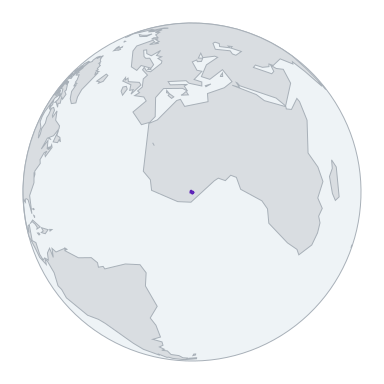 globe centered on Marahoué, rotated 328°
{"feature_id": "CIV-3444", "entity_name": "Marahoué", "entity_type": "Department", "adm_level": 1, "iso_a3": "CIV", "parent_name": "Ivory Coast", "parent_adm1": "", "projection": "orthographic", "projection_center": [-5.831, 7.116], "detail": "fine", "context": "on_globe", "style": "filled", "palette": "violet", "viewbox_px": 384, "rotation_deg": 328, "n_neighbors": 0, "source": "natural_earth", "source_scale": "10m", "svg_char_len": 8943}
<svg xmlns="http://www.w3.org/2000/svg" viewBox="0 0 384 384"><g transform="rotate(328 192 192)"><circle cx="192" cy="192" r="169" fill="#eef3f6" stroke="#a8b0b8"/><path d="M133.5,33.5L128.7,35.4L131.9,34.2L128.1,36.2L130.3,35.7L126.8,37.3L131.7,35.6L134.5,34.3L137.5,33.2L139.1,33.0L134.9,34.8L133.5,35.2L133.1,35.6L130.3,36.7L132.6,36.1L127.2,38.6L134.8,35.9L132.5,37.8L128.4,39.6L125.8,39.6L109.9,45.8L104.9,48.6L100.4,52.0L98.1,57.2L93.8,60.6L90.2,64.9L93.9,62.6L98.1,58.6L104.1,55.9L108.5,51.8L111.5,50.4L117.2,46.5L119.5,47.0L118.7,49.8L114.1,53.2L113.5,54.7L120.5,51.7L114.4,58.9L114.7,65.7L112.7,67.9L104.4,70.9L97.9,69.7L87.0,75.7L97.2,72.0L92.2,78.4L92.7,79.8L94.8,79.8L98.0,77.6L96.9,80.1L86.4,84.2L87.2,82.0L90.6,80.5L87.5,80.3L80.3,84.0L78.4,87.4L69.7,91.0L68.2,93.7L65.5,96.3L68.5,91.6L62.9,100.4L52.4,109.0L44.7,125.6L48.8,112.1L48.2,110.1L46.8,109.7L45.4,112.4L45.3,109.5L42.0,114.4L35.9,127.3L32.1,137.9L32.6,139.3L35.0,133.8L36.7,133.4L30.7,148.5L32.8,152.2L29.8,164.0L29.8,170.7L32.1,169.8L34.1,173.6L37.1,167.1L41.4,164.2L39.7,174.0L43.4,165.6L44.9,170.8L54.3,172.3L53.1,174.4L60.8,187.6L71.8,194.3L74.4,201.9L72.8,206.2L77.2,208.0L77.3,211.0L97.3,217.7L109.4,226.1L110.3,236.2L102.7,247.0L101.9,270.5L89.8,276.7L90.8,285.9L88.4,298.3L80.6,296.1L87.1,303.2L86.2,306.6L82.2,306.1L85.2,310.7L82.5,310.2L86.9,313.7L88.1,318.7L94.2,323.8L96.5,327.8L100.6,330.7L99.4,330.3L99.6,331.1L101.5,332.5L95.4,329.2L87.3,322.7L84.8,319.8L83.1,318.9L77.2,311.1L77.4,312.4L67.4,299.6L62.1,289.2L48.7,257.2L45.1,250.3L38.2,241.3L29.4,215.2L29.8,205.6L28.7,200.5L32.3,187.4L32.7,174.0L31.8,171.8L30.0,176.3L28.2,166.7L29.3,156.4L30.3,143.0L34.2,131.6L38.9,120.6L44.3,109.9L50.5,99.6L57.4,89.8L65.0,80.5L73.3,71.8L82.1,63.7L91.5,56.2L101.4,49.4L111.7,43.3L122.4,38.0L133.5,33.5ZM42.0,131.3L44.7,141.1L40.9,141.2L42.1,139.8L41.9,136.0L40.7,132.2L38.0,133.1L42.0,131.3ZM48.3,122.8L47.7,121.8L48.6,122.1L48.3,122.8ZM115.6,46.6L116.4,46.5L114.9,47.2L115.6,46.6ZM117.3,45.0L115.0,45.9L115.5,45.3L116.9,44.8L117.3,45.0ZM120.0,44.2L116.7,44.2L117.6,43.3L123.6,40.6L120.0,44.2ZM134.7,34.0L131.7,35.4L132.7,34.6L134.7,34.0ZM138.0,31.9L137.6,32.1L141.5,30.8L143.8,30.1L146.2,29.4L144.0,30.2L140.0,31.5L144.3,30.2L134.5,33.8L133.0,33.7L135.2,32.9L138.0,31.9ZM138.8,32.8L138.1,32.7L142.5,31.1L144.8,30.9L142.6,31.4L138.8,32.8ZM150.3,28.3L146.7,29.3L145.1,29.7L150.3,28.3ZM142.4,31.7L145.8,30.9L145.2,31.5L139.9,32.7L142.4,31.7ZM142.6,30.8L144.8,30.1L144.3,30.4L142.6,30.8ZM145.0,33.9L144.0,33.5L146.2,32.6L145.0,33.9ZM147.1,30.5L147.3,30.3L148.1,30.0L150.1,29.7L147.1,30.5ZM149.7,28.6L150.4,28.5L152.0,27.9L154.8,27.3L150.7,28.5L153.6,27.8L154.5,27.6L150.3,28.8L149.7,28.6ZM154.5,28.5L150.3,30.2L151.7,30.8L149.8,31.6L147.9,30.5L154.5,28.5ZM152.4,28.5L153.2,28.6L150.4,29.3L148.1,29.8L152.4,28.5ZM158.1,26.7L154.9,27.2L155.9,27.0L158.1,26.7ZM155.4,28.4L156.4,28.1L155.8,28.4L155.4,28.4ZM157.9,27.0L156.6,27.1L157.8,26.8L157.9,27.0ZM159.4,27.3L158.1,27.8L156.5,28.0L159.4,27.3ZM159.2,27.0L161.1,26.6L156.7,27.8L158.4,27.1L159.2,27.0ZM159.2,26.7L159.5,26.6L159.2,26.7ZM166.4,26.5L161.2,27.9L157.6,28.2L163.1,26.8L166.4,26.5ZM107.5,335.8L96.8,330.2L102.0,332.9L100.8,331.1L108.1,335.0L107.5,335.8ZM106.1,331.2L107.6,330.4L109.3,331.3L108.7,332.1L106.1,331.2ZM229.1,27.2L233.7,28.3L233.3,28.2L245.1,31.6L256.6,35.9L267.8,41.0L278.6,46.9L288.9,53.6L298.7,61.0L307.9,69.1L316.6,77.8L324.5,87.2L331.8,97.1L338.3,107.5L344.1,118.4L349.0,129.6L354.1,147.4L357.7,163.4L358.2,171.2L351.6,149.5L346.2,134.8L345.4,136.9L337.3,125.8L327.9,127.7L325.1,124.2L323.7,126.5L317.8,123.6L313.0,117.9L310.1,118.9L322.3,134.0L325.3,133.1L325.9,126.2L328.9,131.9L334.4,136.3L333.3,152.0L317.0,168.6L313.1,156.9L288.8,127.2L288.2,123.6L288.0,123.2L287.6,122.6L287.7,128.5L282.7,122.8L298.2,143.5L301.8,152.9L316.8,169.4L316.0,171.5L320.1,174.7L330.5,168.2L331.1,172.3L327.6,192.1L311.1,220.4L312.0,237.5L308.6,252.5L295.5,263.7L293.8,274.9L286.6,279.6L284.2,286.0L276.8,293.2L265.5,300.4L249.3,301.9L250.6,296.3L246.0,285.7L240.6,259.2L247.1,246.3L246.6,236.5L234.7,215.5L237.4,203.1L233.7,198.3L226.3,200.0L221.6,194.2L216.9,194.3L185.7,200.1L174.8,192.6L158.6,169.2L163.2,159.5L161.7,148.6L191.8,111.0L200.8,112.5L227.5,106.3L231.3,107.3L231.1,115.5L253.5,123.9L257.3,116.7L274.7,120.7L284.4,119.6L282.7,104.4L266.8,105.9L261.1,99.1L271.6,91.8L285.1,91.4L283.3,88.9L272.4,83.8L273.0,78.9L268.3,81.8L272.0,84.2L269.2,86.3L265.6,84.3L266.0,82.5L261.2,81.8L260.7,91.4L264.4,94.9L253.4,97.7L258.6,103.9L256.5,107.3L247.0,98.1L246.0,94.5L230.3,85.7L230.3,89.6L245.2,98.4L241.6,97.9L241.7,104.1L238.9,99.1L222.7,89.2L211.2,92.6L200.7,108.6L193.1,110.5L184.8,108.1L184.3,92.9L201.4,90.5L201.5,85.9L194.4,79.9L200.2,79.9L199.4,77.5L205.5,76.6L210.6,70.3L216.2,69.3L214.8,62.2L217.5,61.0L217.6,65.3L220.6,68.1L234.3,66.6L235.9,65.0L233.9,60.7L237.9,61.2L234.2,57.4L240.4,55.3L229.7,54.9L227.0,50.7L228.9,47.4L226.1,46.2L223.1,51.7L223.6,54.1L227.1,56.2L226.9,63.7L222.9,65.3L215.9,57.8L209.6,59.6L206.9,53.7L216.6,41.2L222.5,38.9L239.3,42.6L239.9,44.9L234.2,44.5L242.6,48.3L240.4,46.3L243.8,47.0L242.1,43.9L244.3,44.2L238.8,40.9L241.4,41.0L244.9,43.1L244.5,39.5L249.0,39.4L247.8,38.5L245.3,37.5L252.7,38.6L251.5,37.9L248.6,37.2L244.4,35.5L239.8,33.1L242.6,33.6L244.6,34.5L253.1,37.5L258.1,40.3L258.8,40.4L255.1,38.1L244.8,34.3L241.2,32.8L246.1,34.2L244.0,33.6L243.1,33.0L244.9,33.1L239.5,31.5L225.8,26.7L227.7,26.9L229.1,27.2ZM184.7,129.4L184.6,132.7L184.7,129.4ZM301.7,99.3L308.3,99.0L301.2,90.5L303.1,89.9L300.0,87.4L300.7,89.9L292.5,83.3L293.8,80.5L290.9,77.1L288.6,77.0L287.4,83.3L299.2,92.5L299.4,96.3L301.7,99.3ZM54.6,172.2L55.6,174.4L53.9,174.1L54.6,172.2ZM39.2,144.9L40.4,145.5L40.6,147.2L39.5,147.4L39.2,144.9ZM51.5,148.3L53.4,149.6L50.9,149.9L51.5,148.3ZM45.4,142.5L50.0,147.7L45.4,149.6L42.7,146.5L45.2,146.2L45.4,142.5ZM45.4,128.0L45.8,128.9L44.9,130.5L45.4,128.0ZM49.0,123.0L48.6,123.1L48.9,121.6L49.0,123.0ZM92.8,78.2L93.6,77.9L95.3,78.5L93.5,79.4L92.8,78.2ZM108.9,75.7L106.9,79.8L107.0,77.2L104.1,78.9L100.8,75.9L111.6,68.9L107.3,72.4L108.9,75.7ZM99.5,70.7L100.3,72.9L99.0,70.8L99.5,70.7ZM189.1,66.4L192.3,67.6L191.6,70.4L184.4,73.1L185.3,68.9L189.1,66.4ZM197.0,68.7L192.1,61.2L196.3,59.7L194.8,61.7L198.1,61.5L196.5,64.7L205.4,71.1L205.4,74.2L192.1,76.7L196.4,74.0L193.0,72.8L197.0,68.7ZM171.9,49.5L169.9,47.5L181.8,46.6L182.4,48.6L175.3,51.1L170.4,50.2L171.9,49.5ZM131.3,40.0L129.8,40.2L130.9,39.6L133.2,38.9L131.3,40.0ZM144.3,33.8L139.4,38.9L137.4,39.2L136.9,42.4L131.4,44.7L131.8,42.5L127.2,46.9L125.4,45.8L122.9,48.9L124.5,43.7L122.7,43.3L126.9,42.7L132.0,40.5L133.7,39.5L137.1,36.3L135.8,34.9L140.7,33.0L144.5,32.0L145.6,32.0L142.1,33.2L146.0,32.4L141.8,34.2L144.3,33.8ZM186.5,28.3L181.9,28.4L189.2,29.4L184.9,30.3L186.0,30.3L184.1,31.5L183.7,33.2L181.3,33.5L182.2,34.1L180.9,35.1L181.3,36.1L177.2,37.1L177.3,38.5L175.3,38.3L176.7,40.5L173.9,39.3L172.0,40.9L175.7,41.1L152.8,46.7L145.3,50.7L140.7,54.9L136.5,53.1L138.2,48.3L143.2,42.9L151.0,39.6L147.7,39.6L150.4,38.2L151.9,38.8L151.3,37.1L153.9,36.1L158.4,32.8L155.8,31.6L157.4,30.6L159.7,30.6L159.7,29.6L165.1,29.1L166.3,28.5L172.9,27.6L176.7,28.5L177.8,27.8L182.9,27.4L186.5,28.3ZM168.2,26.2L173.7,26.5L174.0,27.2L162.4,28.5L160.5,29.1L153.1,30.5L152.7,29.5L154.9,29.2L156.9,28.6L156.2,29.1L158.3,28.4L161.3,28.0L163.7,27.3L164.8,27.5L168.2,26.2ZM234.0,104.1L236.6,104.2L240.3,103.6L240.4,107.7L234.0,104.1ZM222.9,97.5L225.0,96.8L227.0,101.7L224.3,101.8L222.9,97.5ZM224.4,92.4L224.9,96.3L223.0,94.3L224.4,92.4ZM219.4,64.6L221.4,63.9L222.3,64.9L222.0,66.5L219.4,64.6ZM207.0,33.2L204.4,32.7L204.6,32.3L200.5,30.7L203.3,30.2L206.9,31.0L207.0,33.2ZM281.0,107.2L279.2,110.3L277.3,109.1L278.3,108.2L281.0,107.2ZM259.6,108.9L265.3,110.4L259.6,110.1L259.6,108.9ZM209.4,32.4L207.4,31.7L210.1,31.9L209.4,32.4ZM205.2,29.8L208.0,29.9L203.2,30.0L205.2,29.8ZM299.8,321.4L298.1,323.1L297.2,323.6L299.8,321.4ZM327.6,247.2L314.2,274.1L309.1,275.1L310.3,267.7L316.8,251.7L323.5,246.3L327.4,238.7L327.6,247.2ZM358.1,164.8L359.7,174.0L359.7,176.0L358.1,164.8ZM230.7,30.5L233.2,33.0L236.9,35.3L241.9,36.8L235.9,36.0L230.2,32.6L230.7,30.5ZM226.1,26.9L221.7,26.0L222.8,26.1L224.0,26.3L226.1,26.9ZM224.0,26.6L220.1,26.3L217.2,25.6L220.8,26.0L224.0,26.6ZM215.0,28.4L215.5,29.0L213.4,28.8L215.0,28.4Z" fill="#d9dde1" stroke="#a8b0b8" stroke-width="1"/><path d="M193.2,193.4L192.9,193.4L192.4,193.8L191.4,193.8L191.2,193.6L191.2,193.4L191.0,193.1L191.0,192.9L190.9,192.7L190.9,192.4L191.5,192.0L191.6,191.9L191.5,191.7L191.4,191.7L191.2,191.6L190.9,191.5L190.7,191.7L190.4,191.7L190.2,191.7L190.3,191.3L190.5,191.1L190.6,190.9L191.2,190.5L191.3,190.5L191.3,190.4L191.4,190.2L191.5,190.2L191.8,190.3L191.8,190.2L192.0,190.2L192.1,190.3L192.1,190.5L192.3,190.6L192.3,190.8L192.3,191.0L192.3,191.3L192.4,191.5L192.5,191.5L192.6,191.8L192.8,191.9L193.0,191.9L193.0,192.0L192.9,192.1L193.0,192.2L193.1,192.3L192.9,192.4L192.9,192.5L193.0,192.8L193.2,193.0L193.2,193.3L193.2,193.4Z" fill="#8b5cf6" stroke="#5b21b6" stroke-width="1.5"/></g></svg>